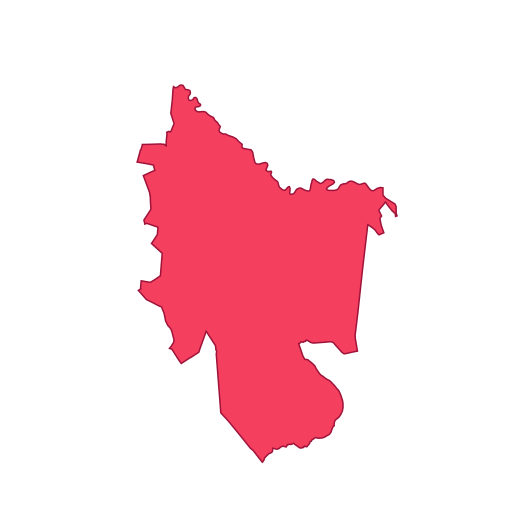 Krapes pag., Ogre, Latvia (Albers equal-area conic projection), rotated 46°
{"feature_id": "27541924B6924780899124", "entity_name": "Krapes pag.", "entity_type": "district", "adm_level": 2, "iso_a3": "LVA", "parent_name": "Latvia", "parent_adm1": "Ogre", "projection": "albers", "projection_center": [25.205, 56.742], "detail": "fine", "context": "isolated", "style": "filled", "palette": "rose", "viewbox_px": 512, "rotation_deg": 46, "n_neighbors": 0, "source": "geoboundaries", "source_scale": "gbopen_adm2", "svg_char_len": 6094}
<svg xmlns="http://www.w3.org/2000/svg" viewBox="0 0 512 512"><g transform="rotate(46 256 256)"><path d="M432.3,317.5L432.0,317.3L431.2,316.6L429.7,314.5L429.3,313.5L429.2,312.4L429.5,308.4L429.4,307.4L429.2,306.4L428.8,304.8L428.1,303.1L427.5,301.6L426.7,300.4L425.3,298.5L422.2,295.6L419.8,294.0L414.6,291.5L411.2,290.3L409.5,289.9L407.7,290.0L404.2,289.6L398.7,289.5L396.6,289.7L394.0,290.6L391.1,291.2L389.0,291.4L387.3,292.0L385.4,292.0L383.1,291.8L381.9,291.5L378.9,291.0L375.9,290.0L374.3,290.0L371.2,290.2L369.4,290.5L366.9,290.7L365.3,291.7L364.2,292.7L360.5,291.7L348.7,286.2L349.1,285.4L349.2,284.8L349.0,283.8L349.1,283.3L350.1,282.6L350.5,282.1L351.0,281.7L351.0,280.9L351.1,280.5L351.8,279.7L351.7,279.2L351.4,278.6L351.4,278.2L351.6,278.0L356.5,276.5L357.5,275.9L358.6,275.1L366.4,265.7L368.7,262.8L370.1,261.4L371.4,260.7L372.6,260.5L374.5,260.7L384.8,261.1L387.5,260.6L388.6,259.2L392.6,252.6L394.9,249.1L383.5,241.3L382.8,240.5L382.0,239.9L367.2,221.7L340.5,189.7L311.1,153.8L311.1,153.7L317.9,152.4L320.1,152.3L324.2,152.9L326.1,152.8L326.3,152.7L326.4,152.4L328.1,147.9L320.9,144.6L315.0,140.8L314.5,137.9L308.3,135.8L307.9,132.0L307.8,131.4L307.6,128.3L307.0,125.4L307.7,125.4L310.5,126.0L312.5,126.1L313.3,126.3L317.6,126.6L317.9,126.8L318.4,126.6L320.8,126.6L321.8,126.3L322.2,126.3L323.1,127.1L324.5,128.1L325.1,126.7L322.7,125.5L317.8,120.9L315.1,119.9L304.6,122.6L300.5,122.4L295.1,117.3L294.2,118.1L293.2,118.8L292.7,119.7L292.1,120.8L291.6,121.9L291.3,123.2L290.7,125.9L290.4,126.4L289.9,127.0L288.6,127.6L287.2,127.7L285.3,127.6L280.9,126.9L279.4,127.0L278.8,127.5L276.9,131.3L276.1,132.1L274.6,132.9L270.7,134.1L268.7,135.1L267.9,135.9L267.2,137.0L267.0,138.1L266.7,138.8L266.8,139.9L266.5,140.8L266.0,141.4L265.7,142.0L265.0,142.7L263.7,145.4L263.8,146.4L263.9,146.8L264.2,148.3L264.6,149.3L264.7,150.1L264.6,151.2L264.4,152.2L263.9,152.9L263.7,153.5L262.0,155.4L259.6,157.8L258.7,158.5L257.8,158.8L256.7,158.7L256.4,157.7L256.4,155.4L257.7,150.2L257.5,148.4L257.0,148.1L256.3,147.8L255.2,147.9L252.9,149.1L251.7,150.4L250.7,151.0L249.9,152.0L249.6,153.3L249.5,154.6L249.7,155.8L249.5,156.7L249.5,157.2L248.8,159.1L248.3,159.5L244.7,160.4L243.2,160.7L242.3,160.6L241.1,160.9L240.2,161.5L240.2,162.2L240.7,163.3L241.8,164.8L242.5,166.4L245.9,170.9L246.2,171.9L246.0,172.8L245.6,173.3L243.3,174.8L240.2,175.9L239.1,176.2L237.7,177.0L237.0,178.2L236.5,179.5L236.3,180.8L237.1,183.9L237.3,185.5L236.8,186.8L236.2,187.7L235.1,188.4L234.3,188.1L233.3,187.2L232.7,186.2L231.3,184.8L230.0,184.0L229.2,183.9L228.8,184.5L228.6,185.8L228.8,186.6L228.9,187.6L228.8,189.6L227.1,190.8L223.1,191.4L221.5,190.9L218.1,189.0L216.5,188.9L214.9,189.3L211.1,189.6L207.9,189.1L207.4,188.4L206.8,187.0L206.4,186.5L205.6,186.2L205.3,186.4L204.5,187.7L203.8,188.5L202.0,189.2L201.3,189.1L200.5,188.1L199.8,186.3L199.3,185.6L199.2,184.7L198.6,184.3L197.1,183.6L195.3,184.3L193.5,187.0L193.1,188.1L191.8,190.3L190.9,191.1L189.7,191.7L188.6,191.9L187.4,191.5L186.0,190.6L183.2,189.2L182.4,188.4L179.8,186.9L179.2,186.3L176.4,185.8L175.2,186.4L174.9,186.8L170.3,190.0L169.1,190.6L168.1,190.5L167.0,189.6L166.3,188.6L166.0,188.4L162.2,188.9L158.2,188.8L156.1,189.3L154.0,190.1L150.2,192.1L147.5,193.0L146.8,193.3L146.0,194.5L143.9,195.5L141.7,196.0L140.2,195.5L139.5,194.7L139.2,194.1L138.2,191.9L137.4,191.6L135.5,191.6L133.2,191.0L129.8,191.3L127.4,190.5L126.6,190.5L122.9,191.8L120.8,192.1L117.8,192.2L116.8,192.6L115.6,193.4L112.6,197.0L111.9,197.6L110.2,198.2L108.7,198.2L107.8,197.5L107.3,197.0L107.1,196.0L107.2,195.4L108.8,193.4L109.1,192.4L109.2,191.7L109.1,191.2L108.7,190.8L107.6,190.6L106.2,191.0L105.0,190.8L103.5,190.1L102.6,189.5L101.7,189.2L100.7,189.2L99.9,189.4L99.4,190.0L99.1,190.8L99.4,191.8L99.5,193.2L99.0,194.5L98.6,195.1L97.6,195.8L96.8,195.8L95.6,195.1L94.9,194.4L94.2,193.6L94.0,192.5L93.8,191.0L92.8,189.6L91.6,188.9L90.9,188.7L89.5,189.3L88.8,189.7L87.3,191.0L86.2,191.0L85.5,190.6L83.8,190.3L82.7,190.0L82.4,190.1L81.5,190.7L80.6,191.5L80.3,192.5L79.9,195.3L79.5,196.4L78.3,197.6L77.0,197.5L76.8,197.6L78.5,200.0L85.7,207.9L94.2,218.2L103.9,223.0L105.5,226.8L107.2,230.4L106.9,231.4L107.1,231.6L105.9,232.1L105.6,232.4L105.0,234.3L105.6,234.6L106.4,235.3L111.9,241.8L113.8,243.5L114.3,244.1L111.7,244.5L110.2,246.1L109.5,246.4L100.7,256.1L96.8,260.3L97.2,260.6L99.7,265.2L99.5,265.5L105.9,276.3L109.6,273.5L116.2,268.7L119.3,266.7L124.1,269.3L123.1,272.1L122.9,272.4L119.9,281.2L136.1,288.3L139.3,290.5L139.4,290.4L144.5,295.0L149.4,299.1L152.3,311.7L155.9,313.8L156.6,311.9L167.2,306.5L172.1,312.2L174.4,322.5L188.9,321.6L203.8,338.5L202.6,345.7L201.5,350.4L194.1,355.8L199.0,361.5L199.7,361.7L199.0,364.5L211.1,365.1L225.5,360.1L226.7,359.3L227.0,359.3L233.5,362.0L240.0,366.2L244.8,367.7L248.6,367.8L251.4,368.7L259.1,373.1L259.6,373.6L260.9,375.2L262.1,380.1L262.3,382.5L262.5,382.5L264.4,381.2L277.6,383.9L281.4,384.4L283.5,373.5L283.7,373.4L285.5,364.1L284.4,361.8L284.2,361.6L275.6,344.2L276.1,344.2L292.2,347.4L293.3,348.1L295.6,350.0L296.8,350.3L297.4,350.6L298.8,352.6L344.4,390.3L355.0,390.5L373.6,392.0L390.8,393.6L393.7,393.1L408.3,394.7L408.8,394.6L408.6,393.1L408.4,392.3L407.1,389.7L407.2,389.0L407.1,385.8L407.2,384.0L407.4,383.4L408.0,381.8L408.2,381.0L407.9,379.9L407.6,379.4L405.9,377.4L408.9,375.7L409.3,375.4L409.7,374.9L410.5,373.2L410.6,371.1L410.9,369.9L411.2,369.4L412.1,368.3L414.3,367.0L413.7,364.5L413.9,364.5L414.2,363.9L414.3,363.0L415.8,361.9L415.9,361.5L416.4,360.7L416.5,359.9L416.7,359.1L418.2,359.0L423.7,358.0L424.1,357.9L425.4,357.1L426.0,356.1L426.0,355.9L425.9,355.7L426.0,355.4L426.6,355.2L426.7,354.5L426.3,353.7L426.3,353.1L427.3,352.9L428.3,352.2L428.5,351.8L428.5,351.3L428.4,350.4L428.1,349.3L428.2,347.9L427.8,347.4L427.2,346.4L427.4,345.6L427.6,345.4L427.6,345.0L427.6,344.7L427.3,344.2L427.3,343.7L427.1,343.0L427.3,342.6L427.6,341.4L427.7,340.1L427.8,339.7L428.1,339.2L429.6,338.3L430.7,337.4L432.5,335.2L433.1,334.3L433.9,332.6L434.8,328.8L435.2,327.7L435.2,326.4L434.7,324.1L433.4,321.8L432.7,320.1L432.4,319.3L432.4,318.2L432.4,317.8L432.3,317.5Z" fill="#f43f5e" stroke="#9f1239" stroke-width="1.5"/></g></svg>